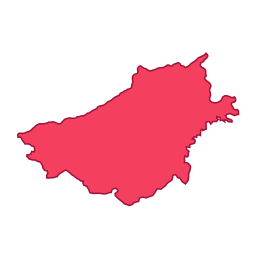 outline of Salto da Divisa, Minas Gerais, Brazil, rotated 92°
{"feature_id": "56859067B24281725110671", "entity_name": "Salto da Divisa", "entity_type": "district", "adm_level": 2, "iso_a3": "BRA", "parent_name": "Brazil", "parent_adm1": "Minas Gerais", "projection": "natural_earth1", "projection_center": [-40.049, -16.122], "detail": "fine", "context": "isolated", "style": "filled", "palette": "rose", "viewbox_px": 256, "rotation_deg": 92, "n_neighbors": 0, "source": "geoboundaries", "source_scale": "gbopen_adm2", "svg_char_len": 4269}
<svg xmlns="http://www.w3.org/2000/svg" viewBox="0 0 256 256"><g transform="rotate(92 128 128)"><path d="M180.8,207.4L180.7,205.2L180.4,203.0L180.3,201.1L179.0,197.0L177.3,196.0L175.7,194.4L173.6,191.0L172.4,189.6L172.5,187.9L173.8,186.0L174.7,184.7L177.0,182.1L178.1,180.1L180.1,177.5L181.3,174.8L182.6,173.7L182.5,171.0L184.0,171.3L185.4,170.8L186.7,170.2L187.8,167.1L191.2,165.0L194.1,163.7L194.4,161.9L194.6,159.7L194.3,157.6L194.3,155.1L194.4,152.3L194.7,150.7L194.7,148.3L194.1,146.4L193.3,145.1L193.0,142.5L190.4,141.9L189.2,140.6L188.8,138.0L189.7,136.6L191.1,135.9L192.4,136.6L193.8,138.5L195.7,138.5L199.4,134.7L202.6,130.2L203.9,129.2L204.4,126.8L205.4,124.3L204.4,121.2L202.2,119.1L201.7,117.6L201.0,114.8L198.1,114.2L197.1,113.2L196.7,111.8L196.7,110.0L197.2,107.5L195.7,104.0L194.6,100.9L190.3,98.1L188.0,97.0L187.8,94.8L188.0,92.9L184.2,88.4L182.6,87.4L181.5,86.4L180.2,84.8L178.7,82.6L176.8,81.8L174.3,81.6L173.0,80.2L173.5,78.1L175.7,76.8L176.6,74.2L179.0,72.6L180.0,71.7L181.9,68.6L180.3,67.5L179.1,66.6L177.6,65.9L176.1,65.8L174.4,65.7L172.3,65.9L170.8,65.5L169.6,65.1L168.1,64.6L164.8,64.1L163.6,64.4L161.3,66.5L160.6,68.0L160.6,70.5L158.5,70.3L156.6,70.6L154.0,70.2L154.9,68.4L154.3,67.1L152.9,66.7L150.6,66.9L149.1,66.2L147.5,68.7L144.7,68.9L145.2,65.6L142.4,65.7L141.3,61.9L140.6,60.8L138.6,60.4L136.8,61.2L136.7,63.4L134.5,61.5L134.8,59.0L133.2,59.0L132.3,57.6L133.0,55.4L131.5,55.3L129.5,55.3L127.8,55.3L126.6,53.8L128.0,53.0L127.2,51.7L126.3,49.7L124.5,50.0L122.7,50.0L120.1,50.4L118.9,48.7L118.8,46.9L121.2,45.4L120.1,44.5L118.5,43.3L118.5,39.9L116.3,38.0L114.8,39.7L113.5,39.7L114.3,36.4L117.3,36.0L116.8,34.2L118.4,31.6L116.5,32.1L116.9,29.2L118.2,28.1L118.4,24.3L116.8,24.3L116.0,25.6L114.7,29.4L112.5,31.1L110.8,29.3L110.0,26.6L111.1,23.9L111.9,22.1L111.2,20.6L110.6,18.0L107.2,18.2L105.7,19.5L106.3,21.3L105.1,23.2L102.9,24.1L101.9,25.3L100.1,25.5L98.9,24.9L98.6,23.0L97.6,21.6L95.8,21.4L94.0,21.9L93.2,23.0L94.0,24.1L93.7,26.3L92.7,28.6L92.3,30.7L92.6,32.9L94.0,34.6L95.6,35.1L97.0,35.9L98.0,37.2L99.1,38.8L99.7,40.8L99.8,42.6L99.5,44.5L98.6,46.2L97.3,47.2L96.0,47.5L94.3,47.2L92.2,46.6L90.1,46.9L88.7,47.5L86.8,47.8L84.8,47.2L83.5,46.6L81.5,47.1L80.2,48.2L79.2,49.5L77.8,51.4L76.5,53.0L74.6,53.0L73.2,51.6L71.4,52.2L69.7,52.3L68.0,52.4L66.5,53.2L65.6,54.4L64.7,56.6L63.3,57.9L61.9,58.0L60.5,57.5L59.5,56.0L58.9,54.7L57.5,54.3L56.5,53.0L55.2,51.8L53.3,50.7L51.6,51.5L50.6,52.8L52.0,53.8L52.9,55.0L53.6,56.6L54.5,58.2L55.2,59.8L56.7,61.4L58.2,62.7L59.2,64.1L60.4,65.8L61.6,67.4L63.4,69.1L64.6,70.8L65.6,72.6L64.5,74.2L64.0,75.5L63.7,77.3L62.5,77.9L61.4,78.8L61.1,80.7L61.7,81.8L62.2,83.3L63.1,85.0L64.7,86.4L64.3,88.1L63.6,89.7L63.9,91.2L65.3,93.0L66.2,94.5L66.6,96.6L66.8,99.1L67.6,100.9L68.5,102.6L69.1,104.4L69.7,106.0L70.1,107.7L70.1,109.1L69.4,110.3L68.4,111.7L67.9,113.2L67.4,114.8L66.7,115.9L65.6,117.3L65.8,118.9L67.1,119.9L68.6,120.6L70.4,120.3L72.4,120.1L73.3,121.0L73.9,122.7L74.9,124.3L76.2,125.1L77.3,125.3L78.6,125.4L79.9,125.1L81.8,124.8L83.7,125.4L85.1,125.7L86.6,125.8L87.9,126.3L88.9,128.1L89.5,130.2L90.6,131.0L91.1,132.8L92.5,134.7L93.7,137.0L95.4,137.8L96.4,139.7L97.3,141.5L98.1,142.6L98.8,143.6L99.7,144.5L100.8,145.6L101.6,147.0L102.1,148.3L103.0,149.6L104.4,151.0L105.9,153.0L106.7,155.1L107.0,157.0L108.1,159.2L109.7,159.9L110.5,161.4L111.4,163.2L112.8,165.5L114.2,166.9L114.7,169.2L116.2,170.6L117.0,172.3L117.5,173.7L117.6,175.5L118.4,177.3L118.4,179.1L119.8,180.4L120.2,182.1L120.2,184.6L120.0,186.4L120.2,187.9L120.7,189.4L121.6,191.7L123.0,192.9L124.6,194.3L126.2,195.7L126.2,197.7L125.6,199.5L124.7,201.7L124.4,203.3L124.8,205.2L124.9,207.2L125.8,208.8L126.4,211.1L126.9,213.6L126.8,215.4L127.1,217.2L127.8,218.5L128.6,219.9L130.1,221.3L131.2,222.6L132.2,223.6L133.6,224.8L134.9,226.9L135.8,229.4L136.8,231.4L137.0,233.4L137.0,236.1L137.6,237.4L138.8,238.0L141.0,237.6L141.0,235.0L142.4,233.9L144.2,233.1L145.2,232.1L147.6,230.3L147.4,228.3L147.5,226.4L148.4,224.6L149.3,223.6L149.9,221.2L152.0,220.7L153.6,220.6L155.0,220.8L154.8,223.5L157.2,224.1L158.4,226.4L158.3,228.0L160.0,228.1L162.4,225.6L163.2,222.8L163.3,219.5L164.5,217.3L165.0,214.9L166.1,213.7L169.3,211.8L170.8,211.8L173.2,209.8L173.8,207.3L175.8,206.5L178.3,207.7L180.8,207.4Z" fill="#f43f5e" stroke="#9f1239" stroke-width="1.5"/></g></svg>